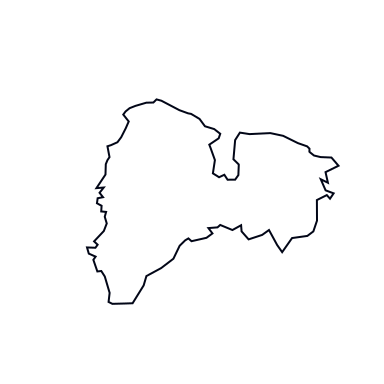 outline of Beaufort, South Carolina, United States of America, rotated 233°
{"feature_id": "52423323B11454809492263", "entity_name": "Beaufort", "entity_type": "district", "adm_level": 2, "iso_a3": "USA", "parent_name": "United States of America", "parent_adm1": "South Carolina", "projection": "orthographic", "projection_center": [-80.723, 32.391], "detail": "fine", "context": "isolated", "style": "outline", "palette": "ink", "viewbox_px": 384, "rotation_deg": 233, "n_neighbors": 0, "source": "geoboundaries", "source_scale": "gbopen_adm2", "svg_char_len": 1522}
<svg xmlns="http://www.w3.org/2000/svg" viewBox="0 0 384 384"><g transform="rotate(233 192 192)"><path d="M138.9,77.6L146.5,97.2L152.3,105.0L149.8,121.5L149.9,137.0L156.5,149.8L157.5,157.5L157.1,161.2L153.0,162.0L146.7,176.0L146.6,183.4L153.3,183.4L148.4,191.1L148.7,194.7L137.3,201.4L135.9,211.2L130.7,207.9L120.1,208.7L115.5,222.2L115.3,230.6L98.4,228.1L89.7,227.8L95.0,244.2L87.5,257.7L87.5,265.2L93.9,274.6L110.4,286.9L108.4,297.8L103.6,298.2L105.7,304.3L112.9,299.7L124.7,302.5L117.6,306.1L127.5,310.6L124.8,324.8L135.6,324.1L142.5,315.7L147.7,311.4L152.3,310.2L153.5,310.0L155.9,311.9L159.2,311.4L167.3,306.0L182.0,298.6L191.9,290.0L203.6,272.8L210.6,266.0L207.5,257.7L193.2,244.8L185.9,245.9L185.3,245.5L177.6,239.2L175.9,233.9L180.4,227.8L186.3,228.2L187.5,222.5L189.7,221.7L194.3,219.9L203.7,229.5L215.9,233.3L219.4,234.3L218.8,245.6L221.5,249.6L228.9,247.6L236.7,241.9L245.8,242.0L254.9,238.3L257.2,236.2L264.9,231.2L283.3,222.5L287.3,219.4L286.7,215.0L290.8,209.3L294.8,198.7L296.5,192.6L296.3,187.4L295.2,183.7L286.4,183.9L282.8,177.5L278.3,168.3L278.2,167.9L276.6,162.4L278.2,155.4L279.4,152.0L269.5,147.1L268.3,143.6L266.1,139.9L258.0,133.4L252.6,118.0L248.7,124.2L247.0,117.7L241.4,117.8L243.8,112.9L240.2,109.3L235.4,111.5L231.1,107.8L227.8,111.4L224.7,107.4L218.2,105.0L213.9,98.1L211.5,84.1L206.7,84.9L205.6,81.3L210.9,74.8L204.9,72.5L198.4,76.1L197.2,72.4L185.5,68.6L183.5,72.0L177.0,71.5L161.0,65.5L154.4,59.2L150.6,61.1L143.4,71.2L138.9,77.6Z" fill="none" stroke="#020617" stroke-width="2"/></g></svg>